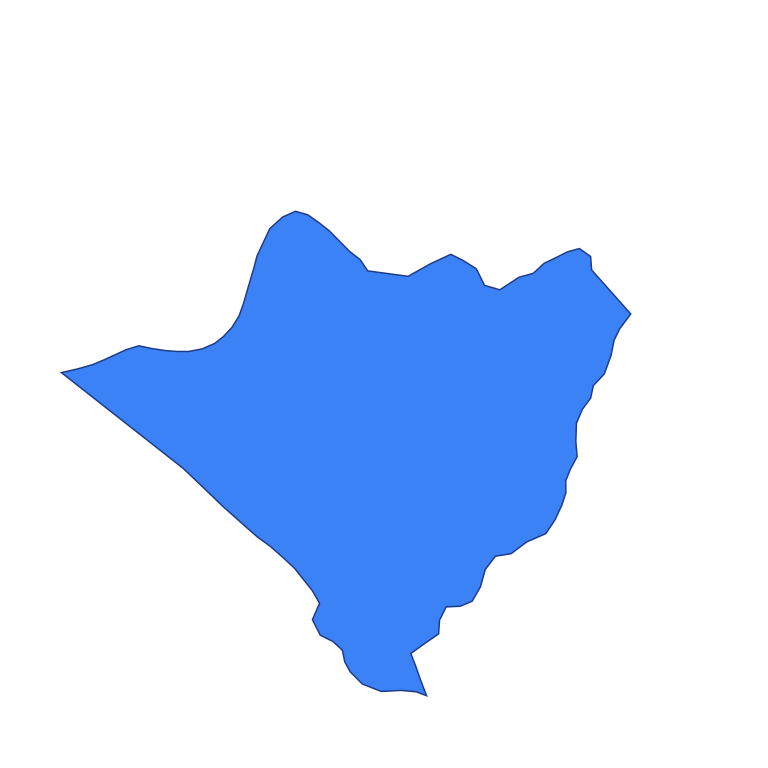 Pescaria Brava, Santa Catarina, Brazil (Albers equal-area conic projection), rotated 223°
{"feature_id": "56859067B22440893254940", "entity_name": "Pescaria Brava", "entity_type": "district", "adm_level": 2, "iso_a3": "BRA", "parent_name": "Brazil", "parent_adm1": "Santa Catarina", "projection": "albers", "projection_center": [-48.887, -28.41], "detail": "fine", "context": "isolated", "style": "filled", "palette": "blue", "viewbox_px": 768, "rotation_deg": 223, "n_neighbors": 0, "source": "geoboundaries", "source_scale": "gbopen_adm2", "svg_char_len": 1335}
<svg xmlns="http://www.w3.org/2000/svg" viewBox="0 0 768 768"><g transform="rotate(223 384 384)"><path d="M251.3,603.5L309.9,609.0L319.9,618.2L333.5,616.3L339.9,605.9L344.3,594.0L349.2,581.5L350.3,566.7L358.1,554.1L363.5,531.9L377.7,524.7L395.1,531.2L410.4,528.3L423.6,524.4L432.1,503.4L439.8,479.2L473.1,455.6L486.3,458.7L499.7,457.5L528.6,458.7L542.4,457.5L555.0,455.8L566.5,450.0L572.0,437.0L573.5,419.8L564.2,391.1L558.2,379.9L550.1,363.7L541.8,347.3L536.5,335.2L533.8,321.7L533.8,309.3L535.5,298.2L540.8,285.9L549.1,274.5L557.6,266.6L566.3,259.6L578.0,251.6L589.3,244.8L596.1,233.0L604.9,211.5L610.2,199.6L618.5,185.9L627.7,172.3L473.6,185.3L451.3,185.1L417.9,184.6L386.9,185.3L372.2,185.8L356.5,187.7L339.9,188.2L323.7,188.2L307.7,185.8L295.2,183.9L281.6,179.7L275.6,162.8L259.2,156.8L245.6,160.9L232.9,160.9L223.3,154.1L212.7,150.5L195.2,149.8L176.3,157.3L162.5,171.6L150.6,180.8L140.3,185.1L156.1,192.8L168.6,199.4L180.6,205.2L177.4,221.4L173.6,238.5L182.3,249.1L186.5,263.4L176.8,273.3L171.4,285.2L175.1,301.4L183.4,317.3L185.1,334.0L175.3,346.6L171.9,365.9L163.6,385.0L166.4,401.7L171.3,416.7L176.8,428.5L185.1,437.2L189.6,448.8L193.2,462.6L204.7,473.0L216.6,486.7L221.7,501.0L223.2,514.5L229.8,525.6L229.8,541.8L237.4,559.7L245.5,572.8L249.3,585.3L251.3,603.5Z" fill="#3b82f6" stroke="#1e3a8a" stroke-width="1.5"/></g></svg>